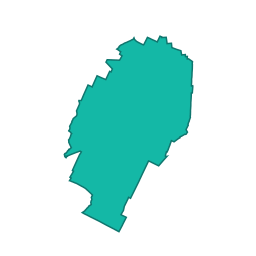 the district of General Enrique Estrada, Zacatecas, Mexico, rotated 294°
{"feature_id": "50627088B25057749099085", "entity_name": "General Enrique Estrada", "entity_type": "district", "adm_level": 2, "iso_a3": "MEX", "parent_name": "Mexico", "parent_adm1": "Zacatecas", "projection": "albers", "projection_center": [-102.806, 23.015], "detail": "fine", "context": "isolated", "style": "filled", "palette": "teal", "viewbox_px": 256, "rotation_deg": 294, "n_neighbors": 0, "source": "geoboundaries", "source_scale": "gbopen_adm2", "svg_char_len": 5235}
<svg xmlns="http://www.w3.org/2000/svg" viewBox="0 0 256 256"><g transform="rotate(294 128 128)"><path d="M199.9,87.2L198.7,86.7L198.4,86.8L198.0,87.0L195.5,85.7L195.4,87.0L195.3,87.6L194.7,90.1L194.7,90.3L193.4,90.3L192.0,90.3L191.5,93.1L190.4,93.1L189.3,93.0L188.8,93.0L186.5,92.7L184.6,88.0L181.9,81.2L181.6,81.2L179.2,81.1L176.6,87.3L175.6,89.7L172.3,89.7L172.3,88.2L163.2,88.0L163.2,86.4L163.1,84.5L163.1,82.5L163.1,78.5L158.3,78.5L156.5,78.5L154.5,78.5L152.6,78.5L150.9,78.5L151.0,78.2L151.0,76.8L151.0,74.0L150.4,74.0L146.1,74.0L139.9,74.0L135.8,74.1L134.1,74.1L133.1,72.0L132.4,72.3L132.1,72.6L131.4,73.4L130.0,74.0L127.8,74.0L125.1,74.0L122.7,74.0L121.6,74.8L120.9,75.3L119.3,76.0L118.0,76.0L114.3,74.1L113.8,74.2L113.4,74.2L113.1,74.3L112.5,74.1L111.7,74.1L111.2,74.0L110.5,74.4L109.4,74.3L105.8,74.0L104.6,74.9L103.7,75.2L102.6,75.3L102.0,75.3L101.8,75.0L101.3,75.0L101.0,75.8L100.9,77.2L100.5,77.6L100.1,78.1L100.1,78.5L100.0,78.8L99.0,78.6L97.9,78.7L96.8,78.9L95.5,78.9L94.0,78.9L92.9,78.6L91.7,79.4L90.9,79.7L89.7,81.0L88.8,82.0L88.1,82.9L87.7,83.4L87.1,83.8L86.9,84.2L86.1,83.8L85.5,83.6L85.0,83.2L84.8,83.2L84.7,82.8L84.2,82.5L83.4,82.9L83.0,82.5L82.5,82.1L81.4,82.1L80.7,81.8L80.4,81.7L80.1,81.7L79.8,81.6L79.2,80.9L78.8,80.7L78.3,80.7L78.0,80.6L77.8,80.7L77.5,80.9L77.3,81.1L77.1,81.4L77.0,81.8L76.3,81.8L76.1,82.6L76.0,83.0L75.7,83.0L75.7,83.5L77.0,83.4L77.2,83.7L77.6,83.7L77.6,84.2L78.0,84.2L79.6,85.7L84.2,90.2L87.4,93.6L87.3,94.6L87.2,95.1L86.7,95.0L86.1,95.0L85.2,94.8L83.5,94.6L82.2,94.6L71.0,94.5L66.5,94.5L66.4,95.8L63.4,95.5L59.4,95.0L59.2,96.4L56.1,96.0L56.2,96.4L56.2,96.7L56.2,97.1L56.2,97.6L56.2,98.2L56.2,99.0L56.3,99.3L56.3,99.9L56.3,100.3L56.3,100.7L56.3,101.6L56.3,102.1L56.4,102.6L56.4,103.2L56.4,104.6L56.3,105.1L56.2,106.0L56.2,106.7L56.1,107.5L56.0,108.6L55.9,109.7L55.9,110.5L55.8,111.2L55.7,112.1L55.6,113.1L55.4,113.9L55.2,114.7L54.9,115.4L54.5,116.8L54.1,117.9L53.5,119.6L53.2,120.5L52.3,122.8L51.6,122.9L51.3,122.8L51.1,122.9L50.9,122.7L50.7,122.8L50.2,122.8L49.9,122.7L49.7,122.7L49.5,122.8L49.4,122.9L49.2,123.1L48.8,123.5L48.6,123.6L48.4,123.9L48.2,124.0L47.3,124.1L46.9,124.1L46.5,124.0L46.3,124.0L46.2,124.0L45.8,124.1L45.7,124.1L45.4,124.3L45.1,124.3L44.8,124.4L44.6,124.4L44.5,124.5L44.3,124.7L44.0,124.9L43.8,125.1L43.5,125.3L43.3,125.3L43.1,125.5L42.9,125.4L42.7,125.3L42.5,125.2L42.3,125.1L42.0,124.9L41.9,124.7L41.6,124.7L41.2,124.4L41.1,124.1L40.9,124.1L40.6,124.1L40.3,123.9L39.9,123.9L39.5,123.8L39.3,123.7L39.0,123.7L38.7,123.5L38.4,123.4L38.2,123.3L38.0,123.1L37.5,123.1L37.4,123.0L37.0,122.9L36.2,122.7L35.8,122.4L35.5,122.4L35.2,122.4L34.8,122.2L34.6,122.2L34.4,122.0L34.2,122.0L33.9,121.7L33.6,121.7L33.3,121.4L33.2,121.3L32.9,121.1L32.1,120.6L31.9,122.4L31.8,124.6L31.8,125.4L31.5,130.4L31.1,140.2L30.9,142.5L30.6,146.4L30.4,149.0L30.4,149.6L30.2,153.1L29.6,161.9L34.0,162.2L35.3,162.3L36.8,162.4L37.8,162.4L38.2,162.4L45.7,162.8L45.9,156.9L46.0,156.8L47.4,157.0L48.5,157.1L48.8,157.1L50.7,157.4L51.1,157.3L53.1,156.9L54.4,156.6L54.7,156.5L57.9,156.6L58.0,156.6L59.7,156.7L60.0,156.7L61.4,156.7L61.6,156.7L62.6,156.8L64.9,156.7L64.8,158.9L82.1,159.6L85.2,159.7L85.6,159.6L86.9,159.7L92.5,159.8L95.9,159.9L106.2,160.2L106.3,162.0L106.2,163.7L106.0,168.8L105.9,171.4L113.5,173.7L114.4,174.0L117.8,175.1L117.2,174.4L117.3,173.7L118.2,173.4L118.3,173.5L119.4,173.1L120.7,173.0L121.9,172.8L121.9,173.4L124.0,173.5L124.5,173.5L125.2,173.4L126.8,173.3L129.1,173.2L129.9,173.2L130.1,173.0L130.9,173.0L131.9,173.0L132.7,172.9L134.1,172.8L134.1,173.1L134.1,173.8L134.1,174.7L134.1,175.7L138.2,178.0L139.6,178.9L140.3,178.9L140.2,179.3L140.3,179.3L140.7,179.4L141.5,179.4L142.2,180.2L143.5,181.1L144.6,181.9L145.3,182.3L145.3,182.6L145.6,183.2L146.2,183.7L147.5,183.8L148.4,184.0L150.1,181.7L151.7,181.7L152.8,181.8L153.6,181.8L155.0,181.9L155.6,181.4L156.5,181.2L157.6,181.1L158.9,181.1L159.3,181.1L159.5,181.1L159.9,180.9L161.5,180.8L162.4,180.7L163.0,180.7L163.5,180.4L163.8,180.2L164.3,180.0L164.8,179.9L165.0,179.7L165.5,179.6L166.2,179.4L166.4,179.2L167.0,179.0L168.7,178.3L169.1,178.1L169.3,178.0L170.1,177.7L170.7,177.5L173.9,176.3L177.6,174.7L177.8,174.7L179.4,174.1L180.5,173.7L182.6,172.9L182.9,172.8L184.1,172.3L184.7,172.0L185.7,171.6L186.2,172.5L189.2,171.4L189.3,171.4L192.3,170.3L192.4,170.1L192.5,170.1L192.9,169.9L192.2,168.9L192.7,168.6L195.9,167.4L196.6,167.1L197.3,166.8L197.8,166.5L198.9,166.1L199.8,165.8L200.0,165.8L201.9,165.1L204.8,163.9L207.9,162.8L212.2,161.0L212.5,160.8L212.6,160.6L213.3,160.4L214.2,160.0L214.4,160.1L214.9,159.9L215.8,155.3L215.2,154.0L217.5,153.1L216.6,151.5L218.4,150.5L217.6,149.1L216.6,147.3L220.1,144.9L219.6,140.4L219.3,135.4L223.1,133.2L221.0,129.4L226.4,126.0L224.4,122.1L224.9,122.1L224.9,119.9L218.5,119.7L218.6,117.8L218.6,117.5L218.6,112.9L218.7,112.1L218.7,108.9L216.1,108.8L210.4,108.5L210.2,108.3L210.2,106.8L210.3,104.3L210.3,104.1L210.5,101.5L210.6,100.4L211.1,99.3L211.3,98.8L211.3,98.4L211.5,98.0L211.5,97.9L212.5,97.1L212.8,96.8L210.9,96.5L210.7,96.4L210.5,96.1L210.2,95.8L210.1,95.6L209.7,95.3L209.4,95.1L209.0,94.9L208.6,94.5L207.6,93.6L206.9,92.9L206.3,92.5L204.1,90.3L203.5,89.9L202.6,89.3L201.9,88.7L201.2,88.0L201.0,87.8L200.4,87.5L199.9,87.2Z" fill="#14b8a6" stroke="#0f766e" stroke-width="1.5"/></g></svg>